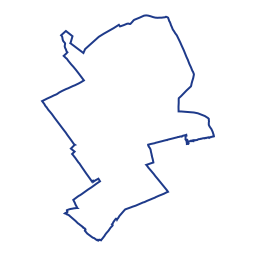 Masloc, Timis, Romania
{"feature_id": "2599482B91867297298007", "entity_name": "Masloc", "entity_type": "district", "adm_level": 2, "iso_a3": "ROU", "parent_name": "Romania", "parent_adm1": "Timis", "projection": "equal_earth", "projection_center": [21.493, 46.0], "detail": "fine", "context": "isolated", "style": "outline", "palette": "blue", "viewbox_px": 256, "rotation_deg": 0, "n_neighbors": 0, "source": "geoboundaries", "source_scale": "gbopen_adm2", "svg_char_len": 5556}
<svg xmlns="http://www.w3.org/2000/svg" viewBox="0 0 256 256"><path d="M213.9,136.3L213.7,135.1L212.6,131.7L211.4,129.1L209.7,126.7L209.2,125.7L208.8,124.8L208.8,123.6L208.8,122.6L209.0,121.4L208.8,120.1L208.8,118.9L208.1,118.1L204.8,116.0L197.9,113.3L193.9,112.5L181.6,111.5L178.6,111.4L178.5,106.8L178.7,103.0L178.7,99.0L178.8,98.2L181.0,96.2L186.5,90.5L190.9,86.4L191.2,85.5L191.6,83.5L192.2,81.3L193.2,78.1L193.8,75.1L193.9,74.2L193.0,71.8L192.3,70.7L191.0,67.4L189.4,64.0L188.1,60.6L188.0,60.2L186.5,57.0L183.8,50.3L181.5,45.3L180.2,42.3L176.8,35.3L176.4,34.8L175.2,33.2L174.0,31.2L172.8,29.5L172.6,29.0L171.9,27.2L170.8,24.8L170.7,24.2L170.0,22.4L169.8,21.9L169.3,21.2L168.1,17.7L166.8,17.0L166.1,16.8L165.8,16.8L165.4,17.1L164.8,17.3L163.5,17.4L161.5,17.7L159.7,17.7L159.3,17.7L157.1,17.8L156.4,17.7L155.6,17.7L153.1,17.1L150.4,16.2L148.1,15.6L146.4,15.4L145.0,15.5L143.9,15.7L139.7,17.6L134.3,19.8L133.5,20.4L132.7,21.4L130.8,23.5L130.4,23.9L130.1,24.0L129.9,24.0L128.4,23.6L127.3,23.7L126.9,23.8L123.8,25.1L121.0,26.1L120.0,26.4L118.9,24.8L113.7,28.1L103.8,33.7L98.8,36.8L85.1,49.1L83.4,53.0L70.4,43.2L70.5,43.1L72.5,36.2L65.9,31.0L65.1,31.7L61.1,35.3L61.7,35.9L62.1,36.5L62.4,37.8L62.7,39.7L63.1,40.6L63.2,41.0L63.7,41.6L64.8,42.9L65.1,43.4L65.0,44.4L64.8,45.5L64.8,45.8L64.7,46.2L65.0,47.5L65.2,48.0L66.0,49.6L66.4,51.0L66.9,51.8L67.4,52.3L66.1,53.7L63.7,55.9L66.2,58.3L66.8,58.7L68.5,61.1L71.2,64.4L73.3,66.7L76.1,70.1L79.1,74.0L83.9,80.4L80.8,82.3L78.4,83.6L76.7,84.4L75.1,85.2L72.8,86.1L68.1,88.3L66.0,89.1L62.0,91.0L59.2,92.5L57.1,94.0L55.9,94.6L53.9,95.4L51.5,96.6L47.1,98.6L42.1,101.1L44.0,103.6L44.7,104.6L44.9,105.2L45.9,106.6L46.2,106.9L46.4,107.0L48.0,109.4L48.2,109.7L50.0,111.8L51.9,114.1L54.6,117.9L63.9,130.2L65.7,132.5L67.3,134.9L70.9,139.8L74.0,144.2L74.9,144.8L74.6,144.9L70.9,148.6L74.6,151.6L72.1,154.0L73.4,155.5L74.1,156.5L74.9,157.4L78.5,162.5L79.3,163.3L81.7,166.9L86.1,173.3L89.0,177.3L92.1,181.7L92.3,181.2L92.6,180.9L93.1,180.6L93.6,180.6L93.8,180.8L93.9,181.3L94.1,181.1L94.9,180.7L95.8,180.1L97.5,179.2L98.4,178.7L100.0,181.3L97.0,183.3L91.5,187.3L88.1,189.5L81.7,194.1L79.9,195.3L78.9,195.8L78.0,196.4L73.3,199.9L75.1,203.4L75.1,203.5L75.3,204.2L76.9,207.1L77.1,207.8L77.3,208.0L76.5,208.0L75.3,208.2L74.1,208.3L72.1,208.7L70.3,209.0L68.4,209.6L66.9,210.2L66.9,210.7L67.0,211.0L67.3,211.4L67.9,212.1L68.0,212.1L66.5,212.7L66.2,212.7L66.0,212.8L65.4,213.0L64.9,213.4L66.3,213.9L66.9,214.4L68.1,214.8L69.2,215.4L69.2,215.5L74.9,220.4L75.5,220.9L77.3,222.7L77.9,223.3L79.1,224.1L80.4,225.2L81.5,225.9L81.5,226.0L82.9,227.1L83.1,227.2L83.1,227.3L83.0,227.5L83.5,227.9L84.1,228.1L84.6,228.3L85.0,228.9L85.4,229.2L86.1,229.2L85.9,229.3L85.8,229.5L85.4,229.8L84.9,230.3L85.0,230.5L85.2,230.9L85.1,231.0L87.1,233.4L87.4,233.7L88.0,234.1L88.6,234.6L89.2,235.0L92.4,237.4L92.9,237.7L94.1,238.1L95.5,239.1L96.2,239.7L97.0,240.1L97.2,239.8L97.4,239.8L97.4,240.1L97.4,240.3L98.4,240.6L99.0,239.9L99.3,239.7L99.8,239.9L100.2,239.9L100.3,240.1L100.6,240.2L101.1,240.3L101.4,239.7L101.8,239.3L103.1,237.7L104.7,235.6L105.1,234.8L106.3,233.2L108.5,230.7L109.8,228.8L110.4,227.9L110.9,227.3L112.2,226.0L112.5,225.6L112.7,225.2L112.6,224.9L112.0,224.3L112.5,223.9L113.5,221.9L115.3,219.4L116.0,218.7L116.7,219.0L117.0,219.7L117.5,218.8L118.1,218.2L119.4,216.0L123.9,210.8L125.2,209.4L131.3,207.2L132.5,206.7L135.6,205.7L143.2,202.4L143.8,202.3L145.1,201.8L146.7,201.0L151.1,199.2L152.7,198.5L154.8,197.7L155.6,197.2L159.0,195.7L161.3,194.8L164.2,193.6L166.1,192.6L168.0,191.8L167.2,190.6L157.1,178.2L155.4,176.2L153.7,173.9L148.5,167.8L146.7,165.3L146.3,164.9L151.5,163.1L153.4,162.5L153.4,162.4L152.7,159.1L152.0,156.6L151.9,155.8L151.8,155.4L151.7,155.3L151.6,154.4L150.9,151.6L150.9,151.3L150.5,149.4L150.1,148.6L149.6,147.7L149.0,147.0L148.7,146.3L148.4,145.9L148.2,145.3L148.1,145.0L148.1,144.7L150.7,144.0L154.7,143.2L155.6,142.8L158.1,142.2L159.2,141.9L162.8,141.0L163.4,140.8L167.1,139.9L167.2,140.0L168.0,139.6L169.2,139.3L171.3,138.8L173.3,138.3L175.2,137.8L176.9,137.4L178.0,137.0L178.9,137.0L179.2,136.8L179.8,136.6L180.2,136.6L181.3,136.3L181.8,136.6L182.2,136.2L183.0,135.7L183.4,135.7L184.2,135.4L184.7,135.4L185.1,135.2L185.3,135.2L186.1,134.9L186.1,135.1L185.9,135.1L185.7,135.2L185.8,135.3L186.0,135.3L185.9,135.6L186.2,135.7L186.3,135.8L185.6,136.2L185.5,136.4L185.6,138.3L185.5,138.9L185.6,139.1L185.5,139.4L185.8,139.9L186.0,139.9L186.7,139.9L186.8,140.0L187.2,139.8L187.3,139.9L187.3,140.0L187.4,140.3L186.6,140.9L186.5,141.0L186.5,141.3L186.7,141.8L186.8,142.0L186.7,142.5L186.8,142.8L186.9,143.7L186.9,144.0L187.6,143.9L188.2,144.0L188.4,143.8L188.6,143.4L188.3,142.9L188.2,142.6L188.2,141.9L188.3,141.6L189.0,141.5L190.1,141.1L190.7,141.1L190.9,140.8L191.1,140.9L191.4,141.1L191.7,141.1L191.8,140.9L192.0,140.9L191.9,140.7L192.2,140.4L192.3,140.4L192.4,140.6L192.6,140.6L192.7,140.9L193.2,141.2L193.3,141.2L193.3,140.7L193.1,140.4L193.5,140.2L193.7,140.3L194.2,140.3L194.1,140.5L194.5,140.4L194.4,140.2L194.7,140.1L195.1,140.1L195.2,140.3L196.3,140.1L197.4,139.9L197.5,139.8L197.5,139.7L198.0,139.5L198.3,139.3L199.1,139.1L199.6,139.1L200.7,138.9L201.0,138.7L201.2,138.8L203.3,138.2L203.7,138.3L204.1,138.2L204.3,138.3L204.4,138.2L204.7,138.2L205.0,138.0L205.7,137.9L205.8,138.1L206.0,138.1L206.2,137.9L206.5,137.9L206.9,137.7L207.1,137.7L207.7,137.5L208.0,137.6L208.3,137.4L208.4,137.5L208.6,137.6L209.1,137.9L209.3,137.7L209.7,137.3L210.1,137.4L210.5,137.3L210.5,137.2L211.0,136.9L211.6,136.9L212.2,136.7L212.9,136.7L213.1,136.5L213.1,136.4L213.9,136.3Z" fill="none" stroke="#1e3a8a" stroke-width="2"/></svg>